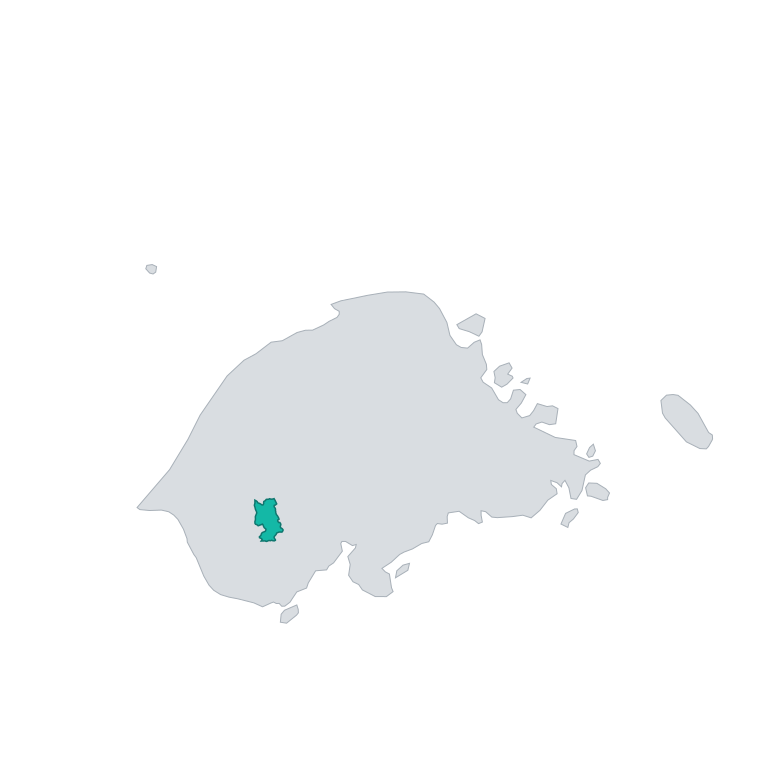 Yangpyeong-gun, Gyeonggi, South Korea (highlighted), rotated 245°
{"feature_id": "91817680B89058224266184", "entity_name": "Yangpyeong-gun", "entity_type": "district", "adm_level": 2, "iso_a3": "KOR", "parent_name": "South Korea", "parent_adm1": "Gyeonggi", "projection": "robinson", "projection_center": [127.569, 37.511], "detail": "fine", "context": "in_parent", "style": "filled", "palette": "teal", "viewbox_px": 768, "rotation_deg": 245, "n_neighbors": 0, "source": "geoboundaries", "source_scale": "gbopen_adm2", "svg_char_len": 4887}
<svg xmlns="http://www.w3.org/2000/svg" viewBox="0 0 768 768"><g transform="rotate(245 384 384)"><path d="M230.6,193.6L233.1,191.7L233.3,188.9L233.4,179.8L240.7,173.5L251.2,160.6L256.3,153.5L262.2,146.9L269.0,142.5L275.6,140.4L286.0,139.5L306.0,140.4L309.9,139.6L323.8,138.9L327.1,140.1L337.2,140.9L348.4,140.0L354.0,138.1L359.2,134.9L363.8,129.0L368.4,118.1L373.4,109.6L376.4,108.0L397.0,153.5L416.7,182.9L433.5,204.2L457.6,245.2L464.7,267.1L465.5,280.7L469.6,299.4L466.2,310.1L467.4,326.9L465.9,335.6L463.0,342.0L463.0,354.2L464.0,360.8L464.2,369.5L466.1,372.9L468.8,374.1L473.2,371.0L478.5,369.7L477.6,380.1L471.3,406.6L465.9,425.9L458.3,442.7L448.7,458.0L437.1,464.0L428.9,466.2L413.2,467.0L400.2,464.3L389.0,466.2L384.5,469.4L381.2,474.9L383.7,483.4L383.4,489.7L378.6,489.2L369.1,485.6L358.6,485.1L353.7,483.3L348.7,474.3L343.7,474.6L334.9,479.9L321.4,481.1L316.7,484.0L315.0,487.8L317.0,492.5L323.7,498.7L321.5,505.0L314.4,508.1L308.7,500.4L305.2,492.8L301.2,492.4L295.0,494.6L293.8,502.7L296.6,508.3L301.4,514.7L294.7,522.2L293.0,527.5L288.2,531.3L275.4,522.8L277.2,516.8L282.8,511.0L283.5,505.0L281.6,501.5L263.2,516.6L251.8,533.8L245.8,532.5L243.3,528.1L239.7,526.3L227.4,537.4L225.2,546.1L220.6,546.5L218.7,542.8L218.6,534.8L216.5,528.1L203.8,518.4L198.1,509.8L201.2,505.1L211.8,507.7L220.2,507.3L218.5,503.3L215.8,501.4L221.4,499.1L226.1,494.4L222.2,493.2L216.3,495.9L211.4,494.5L209.5,483.4L203.6,471.9L200.5,460.8L206.4,454.4L209.5,444.5L215.0,430.2L217.8,425.5L225.4,422.1L228.1,418.4L223.9,416.5L217.3,414.8L217.5,410.7L222.0,408.4L227.1,403.9L236.9,398.3L240.0,387.8L237.1,385.2L231.1,382.7L232.4,377.4L235.0,373.4L234.0,370.9L226.9,364.1L222.1,357.9L223.5,350.8L222.5,340.1L223.2,331.1L222.9,326.2L219.4,315.2L217.8,304.2L213.2,305.8L209.5,308.6L196.2,304.7L192.0,304.5L190.3,296.3L195.1,286.2L206.5,277.4L213.0,276.3L217.9,272.3L225.6,271.1L234.7,277.1L242.9,278.3L247.5,288.8L250.3,291.0L250.9,287.1L257.6,282.6L259.1,279.3L257.7,277.4L250.1,275.6L243.2,262.7L242.3,257.0L239.8,253.4L243.6,243.1L235.7,231.3L231.8,227.6L232.4,217.1L228.3,210.3L226.0,206.6L224.6,200.2L225.8,197.4L229.4,196.3L230.6,193.6ZM202.8,657.7L199.0,660.0L195.4,658.6L194.4,657.6L190.2,651.7L189.0,648.7L192.0,643.0L203.8,633.6L234.4,624.5L239.9,624.1L252.0,628.0L254.5,635.3L252.3,641.5L249.5,645.7L235.5,652.8L224.6,656.2L202.8,657.7ZM408.7,497.1L400.7,503.3L389.8,494.9L387.2,490.2L395.4,483.4L402.4,475.6L407.0,475.1L408.7,497.1ZM351.3,496.3L350.3,506.3L344.3,506.8L340.7,500.3L336.9,503.5L334.9,503.5L331.9,495.5L331.4,489.3L338.5,484.6L342.7,487.4L348.9,488.9L351.3,496.3ZM195.3,540.7L189.9,542.3L186.8,538.8L184.7,537.8L185.9,533.2L194.8,524.2L196.6,521.1L204.8,522.9L207.8,527.7L204.0,535.0L195.3,540.7ZM221.0,198.2L220.6,211.6L216.0,211.0L212.8,209.7L211.5,207.1L208.4,194.6L211.9,189.4L218.8,193.5L221.0,198.2ZM190.2,503.9L189.1,506.4L185.4,505.7L181.6,498.6L180.1,493.1L176.3,490.0L182.3,485.2L190.0,493.9L190.2,503.9ZM211.8,324.7L210.7,331.3L205.1,326.9L203.5,312.5L209.3,316.7L211.8,324.7ZM590.2,224.4L586.5,227.5L581.9,224.4L581.3,221.2L583.6,218.5L589.1,216.8L591.7,219.2L590.2,224.4ZM239.5,543.4L241.0,548.3L234.1,547.4L230.4,542.7L230.9,538.7L235.0,538.1L239.5,543.4ZM328.6,515.8L327.6,518.9L323.3,514.2L327.6,508.9L328.6,515.8Z" fill="#d9dde1" stroke="#a8b0b8" stroke-width="1"/><path d="M308.7,210.0L308.5,211.7L308.7,212.3L308.4,212.9L308.4,213.5L308.5,214.5L307.9,214.8L305.9,214.7L304.5,214.7L303.6,215.1L302.3,215.7L301.2,214.9L300.7,214.2L300.7,212.9L300.8,211.7L300.7,210.6L300.1,209.6L299.4,209.0L298.7,208.3L298.6,207.8L298.2,206.5L297.3,206.2L296.6,206.8L295.8,207.5L294.7,207.9L293.9,206.8L293.6,206.3L292.0,210.0L291.3,210.5L290.9,211.2L290.9,211.9L290.8,213.7L290.0,214.7L289.8,216.3L289.0,216.9L288.2,218.3L288.2,219.5L288.4,219.6L289.0,219.8L289.9,219.5L290.6,219.5L291.6,219.6L292.1,220.1L292.8,221.6L293.1,222.4L293.4,222.8L294.3,223.8L294.2,225.5L294.2,226.3L293.5,227.8L292.9,228.9L293.3,229.7L293.8,230.5L294.6,230.9L295.1,230.8L295.6,230.7L296.8,230.1L297.3,229.5L298.5,229.7L299.5,230.5L300.2,231.1L301.4,231.3L302.6,231.0L302.9,230.1L303.6,229.9L304.7,229.7L305.7,230.3L305.7,231.6L306.7,231.9L308.9,231.8L309.6,231.7L311.2,231.3L313.1,231.5L314.3,232.0L315.1,232.1L316.5,232.8L317.4,232.9L319.2,232.5L320.4,233.2L320.2,234.4L320.7,236.1L324.8,236.1L325.4,236.0L326.6,235.9L326.6,235.3L326.8,234.5L327.2,233.3L327.4,232.9L328.4,231.8L328.3,230.8L329.2,228.6L328.4,226.9L328.4,226.2L328.3,225.4L327.6,224.9L326.5,224.4L325.6,223.4L325.7,222.8L326.1,222.2L327.2,221.6L328.3,220.8L328.9,220.2L329.4,219.6L329.9,219.4L330.8,219.4L331.8,219.0L333.3,217.9L330.6,216.7L329.0,215.3L328.1,215.1L326.9,215.0L325.6,214.7L324.6,214.5L322.4,214.5L320.9,214.2L319.8,213.0L319.1,212.3L318.4,211.5L317.4,211.0L316.1,210.5L314.9,209.8L314.1,209.0L312.4,208.2L311.2,208.3L310.6,209.0L309.4,209.8L308.7,210.0Z" fill="#14b8a6" stroke="#0f766e" stroke-width="1.5"/></g></svg>